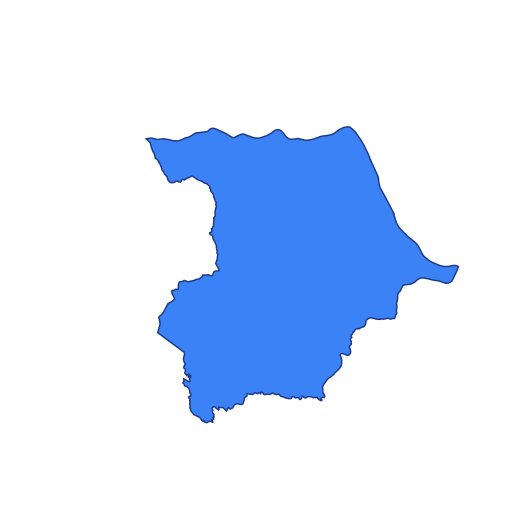 outline of Venecia, Antioquia, Colombia, rotated 133°
{"feature_id": "7082276B7520303523515", "entity_name": "Venecia", "entity_type": "district", "adm_level": 2, "iso_a3": "COL", "parent_name": "Colombia", "parent_adm1": "Antioquia", "projection": "equal_earth", "projection_center": [-75.75, 5.946], "detail": "fine", "context": "isolated", "style": "filled", "palette": "blue", "viewbox_px": 512, "rotation_deg": 133, "n_neighbors": 0, "source": "geoboundaries", "source_scale": "gbopen_adm2", "svg_char_len": 6148}
<svg xmlns="http://www.w3.org/2000/svg" viewBox="0 0 512 512"><g transform="rotate(133 256 256)"><path d="M245.3,416.2L245.1,414.8L245.4,410.3L247.8,406.8L249.8,402.9L250.7,399.7L252.7,397.1L253.0,396.5L253.1,395.4L252.8,393.8L253.1,391.7L253.9,391.2L253.9,389.6L255.8,385.6L257.3,383.0L257.5,381.1L258.5,378.6L258.7,375.1L260.5,372.0L260.7,370.5L260.6,368.6L259.9,367.5L257.9,366.0L255.4,365.3L254.9,364.6L254.4,362.8L253.5,361.7L252.7,361.6L250.3,362.2L249.0,360.0L246.9,359.8L243.7,358.2L242.4,358.0L241.3,357.3L240.8,356.4L240.0,350.8L239.1,348.4L238.2,346.6L238.1,344.4L236.7,341.1L236.7,338.9L236.5,338.0L236.6,337.4L238.1,335.9L238.3,334.6L239.5,333.2L239.5,330.8L240.1,329.1L242.0,326.6L243.9,322.0L244.6,321.2L245.5,320.8L247.0,318.5L248.4,318.1L250.4,316.9L253.0,314.9L254.0,313.5L254.8,312.9L257.1,312.9L259.1,310.6L261.0,309.4L262.5,307.9L264.1,307.6L265.5,306.7L266.6,307.1L267.8,305.2L268.5,304.7L270.5,305.8L271.0,305.5L271.3,305.0L271.3,303.5L270.8,302.3L270.7,301.6L272.4,299.4L273.0,298.4L273.8,295.5L274.6,294.0L275.4,292.0L277.1,290.4L278.8,287.9L280.6,286.4L280.9,284.8L283.0,283.7L284.6,282.3L288.7,280.5L289.2,279.7L290.9,274.2L291.2,273.6L291.6,273.3L292.9,273.5L294.7,275.4L296.4,276.0L299.2,274.7L301.0,274.9L301.9,276.7L302.1,278.0L304.3,279.7L306.1,281.8L306.4,281.9L307.8,281.4L309.5,281.4L312.9,282.7L314.4,284.2L315.5,284.2L321.2,288.1L322.8,291.8L325.5,292.8L327.2,294.4L329.5,293.4L333.5,290.2L334.0,290.3L334.7,291.6L335.4,292.2L335.9,292.5L337.5,292.6L338.2,293.7L338.8,293.8L340.6,292.1L342.3,287.2L343.1,286.2L346.6,286.4L350.8,287.9L360.4,285.3L363.1,285.1L366.0,285.5L367.2,285.1L370.5,280.4L371.1,279.8L379.1,275.5L375.4,242.7L376.7,241.2L380.0,239.4L381.1,238.5L382.8,235.8L383.1,234.4L384.1,233.7L386.4,233.3L387.1,232.4L387.0,230.8L387.5,229.9L388.6,229.0L390.1,228.4L390.3,227.8L390.1,226.0L390.5,225.3L389.6,225.3L389.3,224.8L388.5,224.8L388.2,224.6L388.2,224.2L390.2,223.5L390.7,223.1L390.8,222.7L390.5,222.5L388.5,222.9L388.2,222.6L388.0,222.1L388.3,221.8L390.6,220.9L391.4,220.8L392.3,219.0L392.7,218.9L393.6,219.1L395.2,225.0L396.8,223.3L398.6,223.0L398.8,222.7L398.6,221.8L398.8,220.9L399.5,220.0L399.6,219.7L398.6,217.2L398.4,215.3L399.5,213.1L401.0,211.3L401.7,209.1L403.0,208.3L404.4,209.2L405.1,209.1L405.6,208.2L405.6,207.0L406.1,206.3L407.5,205.4L408.1,204.3L409.2,203.8L410.6,201.9L411.8,201.2L412.4,200.5L412.4,199.9L413.8,197.4L414.0,196.6L414.0,195.2L414.5,193.5L412.6,187.6L412.6,185.7L413.2,183.6L413.1,182.2L412.8,182.0L412.3,182.4L412.1,181.9L412.4,180.2L411.5,178.3L409.3,177.6L407.6,176.4L407.2,174.4L406.8,174.3L406.2,176.4L404.3,175.7L403.9,177.3L402.3,176.9L402.0,178.0L400.7,178.4L400.1,181.1L399.8,181.6L398.2,182.3L397.4,184.3L395.0,184.2L394.5,183.6L394.6,181.8L394.1,178.3L393.3,178.5L392.4,179.9L392.0,180.1L389.4,176.6L389.4,171.9L388.8,171.8L386.5,172.9L386.0,172.9L385.6,172.8L385.5,172.5L385.7,171.1L385.6,170.6L385.1,170.2L384.3,170.1L383.9,169.7L382.8,169.6L379.7,170.3L377.3,169.4L376.4,168.5L375.1,166.0L374.1,165.0L373.5,164.8L371.9,165.2L368.5,166.9L367.3,167.8L365.0,167.1L364.0,167.6L363.2,168.6L362.7,168.5L359.8,164.3L358.6,163.7L356.9,163.7L356.4,162.9L355.9,161.2L355.6,160.9L353.9,160.7L353.7,160.4L353.6,158.6L352.5,159.3L352.2,159.4L351.8,159.1L351.4,158.3L351.3,157.4L351.9,156.1L351.3,154.9L349.5,153.6L348.5,152.3L347.1,151.1L345.1,150.7L344.8,150.3L344.5,148.6L343.4,146.6L341.5,145.0L341.4,144.2L341.7,143.0L341.5,141.8L340.7,140.5L339.7,137.8L337.9,134.6L337.5,134.5L336.8,133.6L336.0,133.0L334.3,133.5L333.6,133.2L333.0,131.8L332.9,130.4L330.8,128.7L330.6,128.2L331.1,126.6L331.0,126.0L330.6,125.6L329.2,125.6L327.2,126.7L326.8,126.5L326.5,123.7L326.1,123.0L323.7,122.3L323.0,121.7L321.0,119.2L320.7,117.5L317.8,115.1L317.6,114.5L318.1,113.5L318.1,112.1L317.5,109.8L316.9,109.4L316.5,109.5L316.3,109.8L316.2,111.1L315.4,111.4L314.2,111.3L312.9,109.5L311.9,109.9L311.2,111.0L309.8,114.4L307.3,117.0L306.0,118.2L304.8,118.7L297.6,119.7L296.0,119.6L292.5,118.7L289.3,118.5L286.6,118.7L284.8,118.3L280.6,118.3L278.2,118.9L276.4,119.9L273.5,122.4L271.4,126.3L270.9,127.0L270.3,127.3L269.6,127.3L268.3,126.2L266.6,122.1L266.2,121.3L265.5,120.7L264.1,120.4L262.6,120.8L261.6,121.3L260.9,122.2L259.2,125.0L258.2,126.1L255.9,126.1L255.2,126.3L253.9,127.8L252.6,130.1L252.2,130.4L250.2,130.4L249.6,131.9L249.1,132.6L247.6,132.2L246.0,132.9L244.1,132.7L241.7,133.3L240.7,133.0L238.6,130.7L236.6,130.5L235.1,129.4L233.9,129.0L231.4,129.2L228.7,131.1L227.4,131.5L225.8,131.4L223.3,130.2L222.4,129.4L220.6,125.8L218.5,122.8L217.2,121.7L216.6,121.6L215.4,119.8L213.5,118.4L212.2,117.8L211.5,117.0L210.3,114.4L208.7,113.6L207.6,112.4L207.0,112.1L204.4,113.4L201.9,114.0L200.4,115.9L197.3,118.1L194.9,120.8L193.7,121.6L190.8,123.2L187.4,126.2L185.8,126.7L183.2,126.6L178.2,128.3L176.7,128.4L171.4,124.0L170.2,123.3L166.7,122.0L163.3,121.8L159.6,120.6L157.5,118.0L154.8,113.8L153.2,110.7L149.5,105.2L147.5,100.9L146.7,98.8L144.3,96.6L141.5,95.8L139.9,95.8L129.7,99.0L125.6,100.9L126.9,103.7L128.6,105.5L131.3,107.3L133.2,108.9L135.3,111.2L136.7,113.4L138.1,116.3L140.8,123.8L141.3,126.9L141.7,132.7L141.2,135.5L138.2,143.6L137.6,147.2L137.5,148.8L138.2,158.2L137.8,168.3L137.5,170.8L136.9,173.4L136.1,175.7L131.5,183.9L131.1,183.7L130.9,184.1L124.8,201.4L121.4,211.8L119.3,215.2L114.6,220.9L108.5,235.8L104.8,243.8L101.4,252.6L99.8,257.9L98.4,263.9L97.5,268.5L97.5,271.6L97.8,275.3L98.8,276.9L102.2,279.5L106.9,281.3L113.1,282.5L115.7,283.6L118.5,285.4L122.8,289.0L124.8,290.4L131.5,293.8L135.6,296.7L137.8,299.0L141.5,305.6L144.9,308.1L147.5,310.9L148.0,312.4L148.2,314.5L148.1,316.2L147.4,320.0L147.4,323.2L147.7,324.7L148.6,326.1L149.7,327.1L151.2,327.8L156.2,328.7L161.0,330.4L166.6,333.4L168.3,334.7L169.9,336.7L171.5,339.3L175.3,348.2L176.3,349.4L179.7,351.0L183.8,352.5L184.9,353.2L185.4,353.9L187.1,361.9L188.1,365.0L190.5,372.1L191.5,374.0L192.4,375.1L193.5,375.8L195.0,376.2L197.6,376.3L198.6,376.7L206.8,383.7L208.0,384.3L214.1,385.8L218.1,388.3L222.4,390.0L225.2,391.7L228.4,395.5L229.9,398.3L232.7,402.7L233.7,403.9L237.8,407.3L238.5,408.3L240.6,412.2L241.7,413.5L244.1,415.5L245.3,416.2Z" fill="#3b82f6" stroke="#1e3a8a" stroke-width="1.5"/></g></svg>